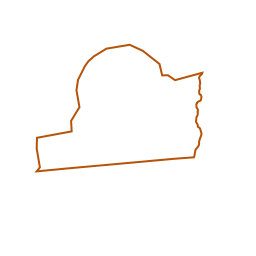 outline of Abbeville, South Carolina, United States of America, rotated 215°
{"feature_id": "52423323B54775259864963", "entity_name": "Abbeville", "entity_type": "district", "adm_level": 2, "iso_a3": "USA", "parent_name": "United States of America", "parent_adm1": "South Carolina", "projection": "equal_earth", "projection_center": [-82.57, 34.249], "detail": "fine", "context": "isolated", "style": "outline", "palette": "amber", "viewbox_px": 256, "rotation_deg": 215, "n_neighbors": 0, "source": "geoboundaries", "source_scale": "gbopen_adm2", "svg_char_len": 1094}
<svg xmlns="http://www.w3.org/2000/svg" viewBox="0 0 256 256"><g transform="rotate(215 128 128)"><path d="M57.2,141.8L57.3,142.5L59.8,148.0L60.1,148.8L60.0,153.5L60.1,154.4L60.4,155.3L61.9,157.6L62.5,159.0L64.1,164.8L64.7,165.7L67.9,168.3L69.1,169.0L70.3,169.2L71.3,169.1L71.8,169.4L72.9,170.8L75.5,171.8L76.1,172.5L78.1,176.1L78.4,178.6L79.8,180.8L80.3,181.1L80.6,182.4L80.8,182.5L82.0,183.6L82.6,183.8L83.7,184.2L84.0,184.5L85.6,186.6L85.7,187.1L85.6,187.8L85.8,188.1L86.0,188.3L85.9,188.8L85.2,190.7L84.5,191.5L84.4,192.7L84.9,194.1L85.8,195.8L87.1,196.8L87.8,196.9L88.5,196.6L89.7,197.4L91.0,199.2L91.3,199.8L91.4,200.8L91.9,201.9L93.5,203.6L94.6,206.2L96.4,208.1L98.4,209.7L98.8,210.4L99.0,211.4L98.5,214.2L98.5,215.1L98.8,215.9L108.9,203.8L116.9,194.2L125.6,194.1L130.2,190.7L138.9,198.5L160.3,199.7L174.4,197.1L191.2,180.6L197.0,167.2L198.7,160.1L198.8,154.1L196.6,138.9L191.9,129.4L179.7,117.2L178.7,101.2L172.2,92.9L185.0,79.9L196.9,67.8L191.1,58.9L177.6,45.2L177.9,40.1L160.2,55.2L157.2,57.8L155.9,58.9L73.7,128.3L57.2,141.8Z" fill="none" stroke="#b45309" stroke-width="2"/></g></svg>